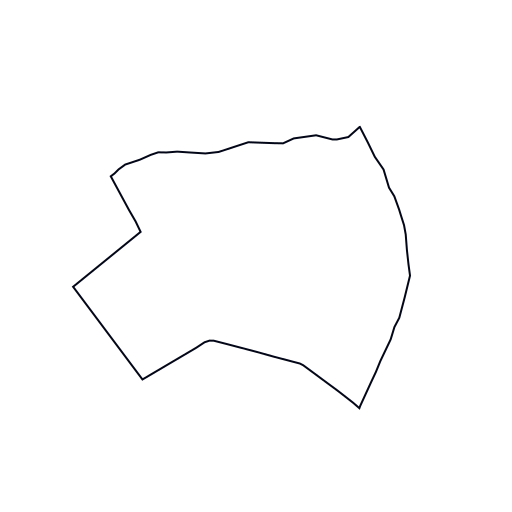 outline of Tiba police station, Qina, Egypt, rotated 120°
{"feature_id": "37247803B46763181924450", "entity_name": "Tiba police station", "entity_type": "district", "adm_level": 2, "iso_a3": "EGY", "parent_name": "Egypt", "parent_adm1": "Qina", "projection": "mercator", "projection_center": [32.702, 25.738], "detail": "fine", "context": "isolated", "style": "outline", "palette": "ink", "viewbox_px": 512, "rotation_deg": 120, "n_neighbors": 0, "source": "geoboundaries", "source_scale": "gbopen_adm2", "svg_char_len": 972}
<svg xmlns="http://www.w3.org/2000/svg" viewBox="0 0 512 512"><g transform="rotate(120 256 256)"><path d="M259.6,421.6L279.6,389.1L286.3,377.5L292.8,368.0L374.1,399.0L419.7,292.6L365.2,261.8L360.8,259.6L356.6,257.5L356.4,257.4L352.5,253.9L350.5,250.3L346.8,237.1L345.9,233.8L338.9,208.2L334.2,189.9L327.2,164.3L327.0,160.5L331.9,117.4L334.5,98.7L336.1,90.4L333.8,90.8L308.1,93.2L296.4,94.2L284.7,95.8L261.7,97.6L260.3,97.8L248.3,100.6L237.9,101.0L220.2,105.8L217.3,106.6L196.0,112.8L186.8,119.9L175.5,128.2L162.5,137.1L155.3,143.2L148.1,151.1L144.2,155.3L135.1,166.1L130.3,175.0L117.3,188.8L110.7,202.7L101.9,215.7L92.3,230.6L92.5,230.8L106.8,235.5L114.7,244.3L116.8,247.9L121.4,264.3L135.3,282.1L144.9,288.9L146.2,291.3L148.9,296.1L161.3,319.5L169.1,326.5L184.6,340.4L192.5,351.1L199.6,365.4L205.0,376.4L211.1,385.3L215.1,392.5L221.0,397.7L230.5,404.6L238.3,411.5L242.2,415.0L249.7,418.3L255.3,419.8L259.6,421.6Z" fill="none" stroke="#020617" stroke-width="2"/></g></svg>